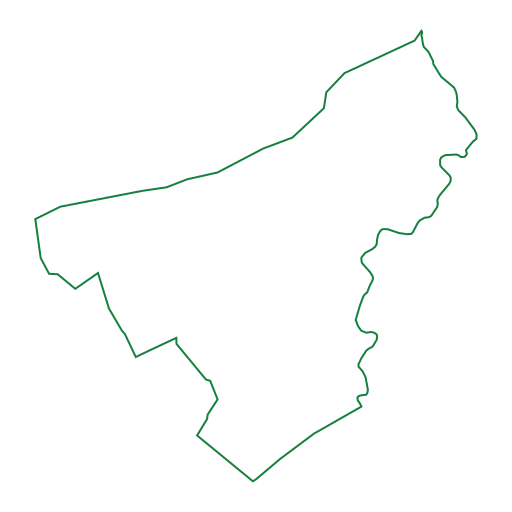 outline of Northampton, Pennsylvania, United States of America
{"feature_id": "52423323B75013060921625", "entity_name": "Northampton", "entity_type": "district", "adm_level": 2, "iso_a3": "USA", "parent_name": "United States of America", "parent_adm1": "Pennsylvania", "projection": "albers", "projection_center": [-75.208, 40.753], "detail": "fine", "context": "isolated", "style": "outline", "palette": "green", "viewbox_px": 512, "rotation_deg": 0, "n_neighbors": 0, "source": "geoboundaries", "source_scale": "gbopen_adm2", "svg_char_len": 1805}
<svg xmlns="http://www.w3.org/2000/svg" viewBox="0 0 512 512"><path d="M252.9,481.3L256.1,479.2L280.3,458.8L314.0,433.6L361.4,406.6L360.0,403.6L357.8,400.3L357.4,397.6L358.3,396.4L360.5,395.4L366.2,394.7L367.3,393.1L367.9,389.9L365.6,377.3L362.6,371.3L358.5,366.6L358.5,364.2L361.5,358.0L366.1,350.9L368.4,348.9L372.5,346.7L376.7,339.8L377.2,336.5L376.6,334.4L374.2,332.7L371.1,332.0L366.3,332.7L361.3,330.7L358.1,326.3L355.7,320.0L359.9,305.6L363.3,296.5L364.5,294.8L364.7,294.5L367.2,292.3L369.6,286.1L372.7,279.9L373.0,278.2L372.5,276.0L370.1,272.2L362.5,263.6L361.7,261.9L361.3,258.8L361.6,257.2L365.3,252.8L372.3,249.1L375.4,246.5L376.7,244.0L377.1,239.3L378.1,234.9L379.9,231.6L381.3,229.9L382.9,229.1L387.6,229.2L398.9,233.0L407.0,234.2L410.7,234.0L411.6,233.7L413.1,231.8L417.5,223.3L419.7,220.5L424.6,217.7L429.0,217.2L431.2,215.9L437.3,206.8L437.8,203.5L437.3,200.9L437.7,198.7L439.3,195.9L440.9,193.8L449.4,183.6L450.6,181.0L450.7,177.5L449.3,175.2L441.9,167.8L440.2,165.5L440.1,159.9L441.2,157.4L445.0,155.2L456.3,154.5L458.8,155.4L460.9,157.1L464.7,156.8L466.9,154.1L466.0,150.0L473.1,141.4L476.3,139.0L476.7,135.4L476.1,133.2L474.4,129.6L465.1,117.1L458.4,110.3L456.8,106.6L457.4,101.9L456.7,94.7L456.0,91.8L454.1,87.6L441.3,76.9L439.6,74.3L433.4,64.2L432.9,60.7L428.5,51.9L423.7,46.8L422.8,43.3L422.0,37.7L421.7,36.7L421.4,35.3L422.1,32.7L421.6,30.8L421.5,30.7L414.6,40.6L344.5,73.1L326.3,92.3L323.9,108.2L292.4,137.6L263.3,148.5L217.5,172.5L187.5,179.2L166.5,187.3L142.0,190.9L60.3,206.7L35.3,219.1L40.7,258.1L49.1,273.8L57.6,274.2L75.3,288.8L98.0,273.0L108.9,308.4L121.8,330.5L124.9,334.0L135.8,357.0L147.9,351.2L164.5,343.4L176.3,337.9L176.5,343.9L205.9,379.5L210.2,380.8L217.6,399.4L207.6,414.7L207.1,419.0L197.1,435.5L252.9,481.3Z" fill="none" stroke="#15803d" stroke-width="2"/></svg>